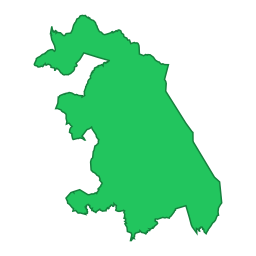 Vicente Guerrero, Puebla, Mexico (Natural Earth projection)
{"feature_id": "50627088B56083749221896", "entity_name": "Vicente Guerrero", "entity_type": "district", "adm_level": 2, "iso_a3": "MEX", "parent_name": "Mexico", "parent_adm1": "Puebla", "projection": "natural_earth1", "projection_center": [-97.21, 18.536], "detail": "fine", "context": "isolated", "style": "filled", "palette": "green", "viewbox_px": 256, "rotation_deg": 0, "n_neighbors": 0, "source": "geoboundaries", "source_scale": "gbopen_adm2", "svg_char_len": 5592}
<svg xmlns="http://www.w3.org/2000/svg" viewBox="0 0 256 256"><path d="M46.1,65.2L48.1,64.2L50.0,64.8L51.0,66.0L51.0,67.3L54.4,68.0L54.7,68.6L54.7,70.2L55.2,70.2L56.5,68.3L57.0,68.4L59.0,69.9L60.8,72.7L61.8,73.2L62.6,74.2L63.5,74.7L64.2,74.9L65.1,74.6L68.5,74.7L69.4,73.9L70.5,73.6L73.7,70.7L74.5,69.0L74.4,67.6L74.6,66.9L76.2,66.4L77.0,65.7L76.9,65.0L75.9,63.4L79.8,59.5L83.8,52.9L97.9,57.3L109.9,60.7L108.7,60.7L108.3,61.5L107.5,61.7L107.5,62.3L106.4,62.2L106.2,62.9L105.8,63.2L104.8,62.5L103.7,63.0L103.6,63.7L103.0,64.3L103.0,65.7L102.0,64.6L101.5,64.7L100.6,65.3L98.2,65.7L98.1,66.8L97.0,66.8L96.7,67.3L95.2,67.6L94.6,68.1L94.3,69.1L94.5,69.6L93.8,70.5L92.4,71.3L92.7,72.3L92.1,72.3L91.6,72.9L91.8,73.2L91.3,73.6L91.4,74.0L90.9,75.1L90.3,75.8L90.6,78.2L88.7,79.8L87.9,81.4L87.7,83.5L86.7,84.4L86.3,86.0L85.7,86.7L85.7,87.7L84.2,91.8L84.5,92.5L84.3,94.2L84.7,95.5L82.1,97.0L82.2,95.7L78.7,95.5L76.6,94.5L75.0,94.9L71.9,93.1L69.1,92.5L68.5,92.9L65.4,93.5L65.3,93.8L64.9,93.7L64.5,94.2L63.8,94.0L60.4,95.4L59.7,95.8L59.2,97.0L58.3,97.0L57.9,103.1L55.7,108.6L57.5,108.5L61.0,109.9L61.6,111.0L63.1,112.1L63.8,112.2L65.9,114.0L66.2,115.3L66.1,118.4L66.9,121.5L66.4,124.1L68.4,123.2L69.3,123.3L70.5,125.1L72.0,126.4L70.5,128.1L69.9,129.5L69.5,132.3L71.9,133.8L71.9,135.6L72.6,138.7L73.2,139.5L77.4,138.4L78.5,138.5L79.4,138.0L80.5,138.0L82.5,138.5L84.5,140.0L85.0,140.0L83.6,137.7L82.0,136.1L86.9,129.6L89.6,128.6L91.6,127.1L92.2,129.0L96.1,134.8L96.4,136.8L97.7,138.7L98.8,139.7L98.3,141.0L98.3,143.4L97.3,144.1L96.4,145.3L95.2,145.7L94.7,146.9L94.0,150.5L93.3,151.4L92.7,157.7L91.4,159.1L90.8,161.2L90.6,162.0L91.1,169.8L91.5,170.7L92.3,171.1L92.9,172.0L94.4,172.6L96.0,174.0L96.9,175.2L99.0,176.3L100.1,179.2L99.6,180.0L102.1,183.1L102.0,183.7L100.9,185.3L100.8,186.1L98.0,189.0L98.9,189.6L97.7,191.7L96.8,192.5L96.7,194.1L96.4,193.3L95.2,192.9L94.2,193.7L93.2,194.0L91.7,193.9L89.3,194.7L87.9,194.7L79.7,189.7L73.4,191.7L73.6,192.5L72.9,191.9L70.9,192.6L66.0,198.1L66.9,200.2L67.3,200.5L67.7,203.2L69.5,204.4L72.4,207.9L73.5,208.5L72.9,211.1L75.7,210.5L78.0,213.0L79.2,213.1L79.8,212.8L85.7,214.4L85.2,213.4L87.1,213.4L87.5,212.9L87.3,211.9L87.5,211.6L87.0,211.0L87.3,209.6L86.3,209.1L86.5,208.1L86.1,207.7L85.5,207.8L85.2,206.9L86.4,206.4L86.2,205.6L88.1,204.4L88.4,204.4L88.8,205.3L89.6,205.4L89.8,205.9L89.6,206.8L90.8,208.5L91.4,208.7L92.2,208.4L91.7,209.9L91.9,210.5L93.4,210.6L93.6,211.3L95.7,212.2L95.9,213.0L96.2,211.7L99.8,209.2L100.2,210.1L101.6,210.6L102.3,211.1L106.1,210.7L106.0,209.6L106.7,209.1L107.4,207.8L108.4,208.7L108.9,208.4L108.6,207.7L110.4,206.2L110.5,205.6L110.9,205.3L111.8,205.0L112.8,206.2L113.4,206.3L113.9,205.9L114.0,203.6L114.8,204.6L116.4,205.5L116.0,207.0L116.3,208.7L115.7,210.1L116.1,210.5L118.1,211.3L120.1,211.3L122.0,210.7L123.1,210.7L123.6,210.3L124.6,210.9L123.9,212.4L124.8,214.3L124.5,216.3L124.9,217.2L124.3,217.4L124.0,218.3L125.7,218.9L125.6,221.2L124.8,221.4L126.4,223.1L124.9,223.8L127.0,227.3L127.4,231.5L131.0,232.8L131.8,234.7L130.5,240.6L131.3,240.6L132.2,239.2L132.5,237.7L133.0,237.7L133.4,238.5L134.2,238.6L133.7,237.9L133.9,237.3L134.5,236.8L134.5,235.2L135.2,233.5L135.9,233.0L139.6,231.9L139.9,230.6L141.6,232.4L144.3,233.0L145.8,233.9L146.1,233.7L146.4,232.2L147.3,232.3L147.5,230.9L149.7,230.5L149.8,229.3L149.5,229.0L150.0,229.1L150.2,229.5L151.5,228.4L153.0,228.2L152.8,227.4L154.0,227.1L155.0,225.7L156.8,224.4L157.6,223.2L156.7,221.5L156.0,221.7L155.1,221.1L155.3,220.3L155.0,220.0L155.3,219.0L157.0,219.0L157.5,219.2L162.7,217.4L165.0,217.9L166.5,217.4L169.3,218.1L169.9,216.8L171.0,216.1L174.2,211.8L174.7,210.4L175.4,210.2L175.5,208.8L185.9,205.7L189.4,217.5L191.3,224.8L192.3,227.0L196.8,233.2L196.5,228.5L198.2,229.4L199.2,231.0L199.6,231.1L199.2,228.9L199.5,228.1L200.5,228.1L200.9,227.1L201.5,227.1L202.3,227.3L202.7,229.2L203.4,228.9L203.7,229.2L204.2,231.9L206.1,233.7L207.0,231.7L208.1,230.1L208.1,229.6L210.8,226.0L212.5,223.1L214.3,221.6L215.5,220.0L216.9,216.2L217.7,215.4L218.5,215.2L218.0,212.0L218.5,207.9L220.4,204.6L221.7,202.9L219.6,181.9L214.4,177.2L193.3,142.0L193.0,140.8L192.9,132.4L192.0,131.7L185.8,123.2L165.7,91.2L166.2,83.5L165.7,81.3L164.5,79.5L168.4,64.7L164.5,64.6L162.8,63.8L161.8,64.3L161.3,64.0L160.5,63.6L159.2,62.0L158.0,61.8L155.9,60.5L155.2,59.9L153.4,57.2L150.1,54.8L147.8,54.6L147.3,55.1L145.7,54.5L143.7,55.7L139.4,54.0L139.1,47.1L138.9,45.4L138.0,43.5L137.3,43.0L135.9,42.9L135.2,43.1L134.3,42.5L130.8,43.6L129.5,40.1L127.7,40.1L126.8,38.1L124.3,37.0L123.8,36.4L123.7,35.0L123.4,34.4L121.6,33.2L120.8,30.9L119.5,30.1L118.2,30.0L117.4,31.3L117.0,31.3L116.3,30.7L115.9,30.8L115.1,31.6L114.3,31.8L113.5,32.6L112.9,32.7L112.7,31.8L112.4,31.6L111.7,31.9L111.1,32.7L108.2,33.7L104.7,34.7L103.3,34.3L101.2,32.2L99.8,31.8L98.9,30.8L97.3,27.5L97.0,26.1L96.1,24.8L95.4,22.6L94.0,21.0L93.3,20.4L91.5,19.9L89.5,18.5L89.7,18.1L88.7,17.5L88.7,18.1L88.3,18.0L86.1,16.5L85.5,15.5L83.5,15.7L82.7,15.4L80.8,15.7L79.8,16.3L79.6,17.1L78.7,18.2L76.9,19.0L75.7,22.0L74.8,23.0L73.6,25.2L72.3,30.1L70.7,33.1L66.1,33.6L64.9,35.4L64.3,35.7L63.2,35.4L60.5,32.8L57.0,32.4L56.3,32.9L56.7,31.4L55.5,30.7L55.1,31.6L54.5,31.4L54.4,32.0L53.4,32.0L52.7,31.0L53.0,30.5L52.4,29.8L51.8,26.4L50.5,33.7L51.0,33.7L51.1,34.9L51.3,34.7L51.5,35.3L51.0,35.5L51.8,39.7L54.5,45.5L55.1,48.1L55.3,50.0L55.0,50.8L54.4,51.3L52.6,49.6L50.8,49.7L48.0,50.7L45.6,52.9L45.3,52.3L45.3,53.5L42.3,54.5L40.1,56.4L37.7,57.6L36.3,58.7L36.2,60.0L34.3,64.2L34.5,64.9L35.1,65.5L36.9,65.8L37.7,66.8L38.4,67.0L40.1,66.8L41.1,66.1L42.7,66.6L43.4,65.8L43.5,64.9L44.7,64.7L45.2,63.6L46.1,65.2Z" fill="#22c55e" stroke="#15803d" stroke-width="1.5"/></svg>